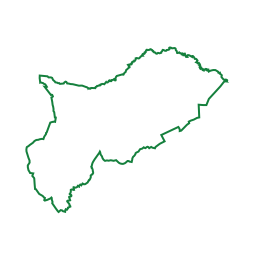 Tancanhuitz, San Luis Potosí, Mexico (Mercator projection), rotated 83°
{"feature_id": "50627088B4540713417928", "entity_name": "Tancanhuitz", "entity_type": "district", "adm_level": 2, "iso_a3": "MEX", "parent_name": "Mexico", "parent_adm1": "San Luis Potosí", "projection": "mercator", "projection_center": [-98.957, 21.641], "detail": "fine", "context": "isolated", "style": "outline", "palette": "green", "viewbox_px": 256, "rotation_deg": 83, "n_neighbors": 0, "source": "geoboundaries", "source_scale": "gbopen_adm2", "svg_char_len": 5691}
<svg xmlns="http://www.w3.org/2000/svg" viewBox="0 0 256 256"><g transform="rotate(83 128 128)"><path d="M93.7,25.1L93.3,25.5L93.1,25.3L93.1,24.8L93.4,24.0L93.1,23.8L92.6,23.8L92.0,24.6L91.8,25.6L91.9,26.7L91.7,27.1L88.9,29.0L88.5,29.0L87.4,28.5L86.8,28.6L85.3,30.2L84.9,29.9L84.4,30.0L84.6,30.5L84.1,31.6L83.2,31.6L81.2,34.1L80.9,35.8L80.9,37.1L81.2,39.3L81.8,40.9L79.9,41.1L80.0,41.5L80.6,42.0L80.7,42.3L80.4,42.6L79.1,42.7L78.9,43.5L79.6,43.9L79.1,45.2L80.2,45.7L79.6,46.8L78.8,46.6L78.2,47.3L78.1,47.8L78.3,48.6L78.1,48.8L77.6,48.0L76.9,47.9L76.7,48.2L76.8,49.3L76.4,49.5L76.0,48.7L75.1,48.8L74.3,49.6L74.1,48.8L73.1,49.1L72.1,49.7L72.3,50.2L72.1,51.1L71.7,51.1L71.2,51.5L71.0,52.2L69.7,50.8L69.1,51.0L68.9,51.3L68.1,51.6L67.7,52.1L67.5,53.3L65.9,53.8L64.6,54.7L64.4,55.1L64.4,55.4L65.3,55.7L63.4,58.2L62.9,59.6L63.6,60.7L64.7,60.4L64.5,61.7L61.1,62.5L61.1,62.9L62.0,62.5L62.4,62.4L62.8,62.7L62.5,64.4L61.4,64.7L60.7,65.1L61.2,65.9L60.5,66.1L60.2,66.5L60.1,67.3L59.2,67.9L59.7,69.4L59.5,70.1L57.5,70.3L56.7,71.0L56.2,71.1L55.3,71.0L54.7,71.3L54.3,72.1L54.3,74.6L53.8,75.1L53.3,76.1L53.2,76.8L53.4,77.3L54.0,77.4L54.6,77.1L55.0,77.4L55.3,78.3L55.3,80.1L55.9,80.5L56.0,81.1L55.8,82.0L54.9,83.2L54.7,84.0L55.0,84.3L56.0,84.8L56.7,85.8L57.4,85.9L57.7,87.5L57.2,88.7L57.1,89.1L57.8,90.3L57.3,91.3L56.6,91.6L56.2,92.2L56.2,92.7L56.0,93.0L55.0,93.4L55.1,93.8L54.9,94.1L54.4,94.0L53.5,94.6L53.3,95.2L52.7,95.6L52.5,96.3L53.0,96.9L53.1,99.2L52.6,99.7L52.7,100.1L53.7,100.9L54.9,101.2L55.0,101.6L54.7,101.8L55.0,102.4L55.5,102.6L56.1,102.4L56.4,102.8L56.3,104.2L56.8,104.8L57.1,104.9L58.1,104.4L58.1,104.8L57.9,105.4L58.1,105.9L58.6,106.4L58.7,106.8L59.1,107.2L59.8,107.9L60.3,108.8L59.7,110.6L59.6,111.3L59.8,111.9L60.4,111.8L61.8,112.6L62.1,112.9L61.9,113.7L62.8,114.1L62.7,115.2L62.9,115.7L63.3,116.0L63.4,115.7L63.8,115.8L64.1,116.4L64.5,116.4L65.2,116.7L65.3,117.1L64.9,117.7L65.0,118.3L65.3,118.6L65.2,120.0L65.3,120.3L65.6,120.1L65.9,119.2L66.2,119.0L66.6,119.0L67.1,119.6L67.4,119.4L67.5,119.1L68.0,119.1L68.4,120.1L69.7,121.8L70.1,122.6L72.3,123.7L72.7,124.7L74.5,126.0L74.5,126.3L74.0,126.5L75.0,132.8L75.9,133.7L77.3,134.4L78.8,134.3L79.2,134.6L79.1,135.2L78.6,135.5L77.9,135.5L77.7,135.7L77.8,136.0L78.3,136.1L78.4,136.7L78.4,138.2L79.2,138.7L78.8,139.2L78.6,139.9L79.3,139.9L79.3,140.3L78.7,140.8L78.7,141.2L79.6,141.8L80.3,142.7L80.1,143.9L79.7,144.1L81.7,146.2L81.2,147.3L81.1,148.5L81.6,149.3L81.4,149.8L81.5,150.1L81.6,150.3L82.3,150.5L82.4,150.8L82.2,151.1L82.2,151.8L82.6,152.9L82.5,153.6L83.1,154.1L83.3,154.9L84.3,155.5L84.0,155.9L84.3,156.5L83.8,159.5L84.3,160.4L84.0,160.7L84.3,161.2L83.8,162.1L84.0,162.5L83.6,162.5L83.2,163.2L82.4,164.0L82.3,164.5L80.3,168.4L80.0,171.6L77.8,177.5L77.4,179.6L76.6,181.6L76.4,182.9L75.3,183.3L74.7,183.7L74.4,184.4L75.1,185.7L76.0,186.4L75.9,190.2L75.7,190.5L75.1,190.8L74.9,192.1L74.4,192.7L73.8,194.6L73.0,194.9L71.2,196.5L69.0,197.2L68.4,198.3L68.1,200.7L66.9,201.6L65.2,209.2L67.7,209.6L72.2,209.6L72.0,209.1L72.7,207.9L73.0,207.0L74.1,205.8L74.6,204.8L77.3,203.5L77.5,204.0L77.0,205.7L85.8,200.5L85.6,199.9L85.9,199.2L87.5,198.7L87.9,199.1L88.4,200.3L93.0,200.0L96.0,200.0L97.6,199.7L100.0,199.6L102.1,199.9L103.3,199.3L108.6,199.3L108.8,198.4L109.0,198.4L113.0,199.6L112.6,200.6L112.8,201.3L112.7,201.8L112.9,203.2L113.2,204.5L122.6,209.3L123.0,210.0L124.0,210.1L126.4,212.2L128.7,213.3L128.3,214.7L128.4,216.9L128.8,218.7L128.7,220.0L128.9,221.0L129.6,222.5L131.1,224.2L132.9,227.6L133.8,228.9L134.6,230.7L134.9,230.9L137.0,231.5L139.0,231.6L145.6,230.4L148.2,229.7L150.4,229.9L152.9,232.0L154.8,232.2L157.8,231.9L159.5,231.1L160.7,230.7L161.5,227.6L163.9,228.8L166.2,227.3L166.8,227.2L172.0,227.5L177.2,227.7L177.5,226.9L182.6,224.2L185.0,221.0L186.8,219.7L187.3,219.0L189.4,219.9L189.9,219.4L189.5,216.9L188.4,213.4L187.7,212.5L188.2,212.2L189.4,212.4L192.3,211.9L193.4,212.4L198.8,209.6L202.2,207.7L202.9,207.1L201.3,204.8L201.8,203.4L202.6,202.8L203.5,200.6L201.8,200.2L201.0,199.6L201.7,198.6L200.1,197.1L199.7,197.2L199.0,194.8L198.5,194.8L197.9,195.3L197.6,195.2L197.3,195.5L196.4,195.5L196.1,195.6L193.8,197.1L193.2,197.3L192.8,196.7L192.8,194.4L192.7,194.2L189.3,194.9L189.0,194.5L189.0,193.2L188.7,192.6L187.9,192.4L187.5,192.6L186.6,193.6L186.5,193.9L186.3,193.9L186.0,193.4L184.5,192.6L182.4,192.3L182.2,191.7L182.2,190.8L182.8,189.7L182.8,189.1L180.2,189.3L180.1,189.0L180.6,188.2L180.8,187.5L180.7,186.6L180.1,185.2L179.9,185.0L179.5,184.9L180.1,183.9L179.4,183.9L179.5,183.5L178.3,182.2L178.4,181.6L179.0,181.3L178.3,180.7L178.3,179.9L177.7,179.7L178.5,178.4L178.5,177.3L177.1,174.6L176.1,174.1L175.1,172.9L174.8,173.0L174.6,172.7L174.8,172.5L173.8,171.7L172.2,170.9L170.6,170.8L169.6,169.4L169.7,169.0L168.5,168.1L167.5,168.0L166.4,168.2L165.5,168.1L163.4,168.5L163.3,168.9L162.0,169.1L161.8,169.1L161.6,168.7L160.3,168.3L158.6,167.6L157.5,166.9L155.1,165.0L149.1,159.5L148.0,158.8L148.5,158.6L151.0,158.4L153.0,157.3L154.7,157.0L156.4,156.2L157.4,155.3L157.8,154.8L157.6,152.9L158.1,151.2L157.9,149.0L158.8,146.3L158.5,143.7L161.4,141.3L162.3,140.0L162.9,138.2L163.0,137.2L162.6,135.5L162.2,134.7L160.7,132.5L160.9,131.3L161.5,130.7L162.2,128.5L159.8,127.6L158.7,127.4L157.2,126.4L156.4,125.2L155.1,124.0L153.9,123.5L153.4,122.7L152.7,120.5L150.5,118.6L150.2,116.4L149.1,114.7L149.7,114.1L150.1,113.1L149.3,111.9L149.0,111.0L149.3,110.3L150.6,109.4L149.6,107.3L150.5,106.2L151.4,103.7L150.2,103.0L147.9,99.0L147.4,98.0L145.7,93.3L139.0,95.8L133.1,77.9L134.5,77.2L136.1,76.8L137.3,77.0L137.1,75.5L131.9,69.0L130.7,66.7L129.1,66.9L128.3,64.7L127.7,61.7L126.4,58.3L126.2,56.0L113.5,55.0L114.3,51.1L114.8,47.4L109.0,44.2L98.0,31.3L94.0,27.3L93.5,26.0L93.7,25.1Z" fill="none" stroke="#15803d" stroke-width="2"/></g></svg>